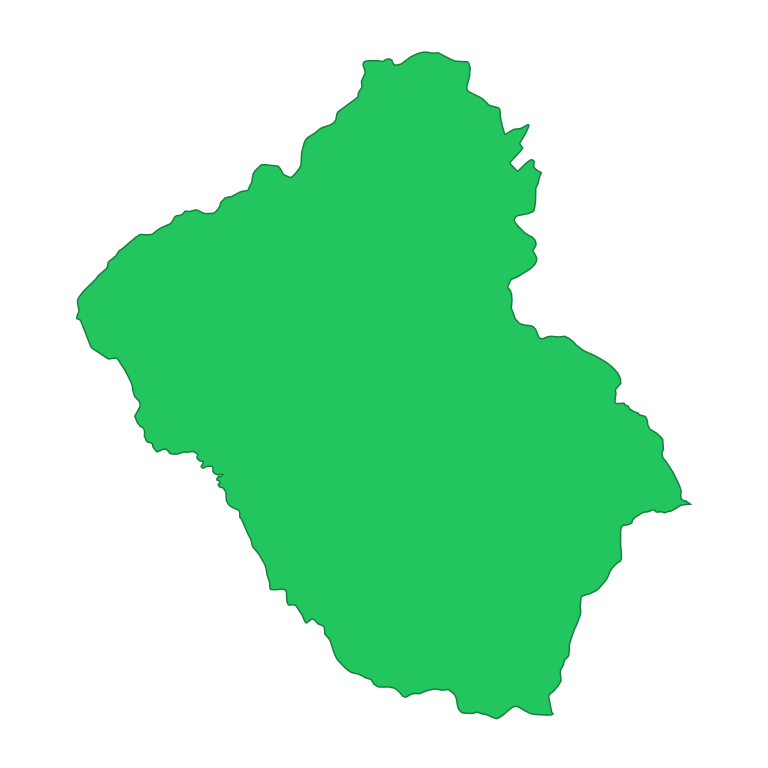 outline of Tan Uyen, Lào Cai, Vietnam, rotated 271°
{"feature_id": "81297802B83473395979783", "entity_name": "Tan Uyen", "entity_type": "district", "adm_level": 2, "iso_a3": "VNM", "parent_name": "Vietnam", "parent_adm1": "Lào Cai", "projection": "orthographic", "projection_center": [103.735, 22.126], "detail": "fine", "context": "isolated", "style": "filled", "palette": "green", "viewbox_px": 768, "rotation_deg": 271, "n_neighbors": 0, "source": "geoboundaries", "source_scale": "gbopen_adm2", "svg_char_len": 6095}
<svg xmlns="http://www.w3.org/2000/svg" viewBox="0 0 768 768"><g transform="rotate(271 384 384)"><path d="M269.2,692.4L272.4,687.7L272.6,685.7L273.9,683.4L277.0,682.6L282.6,682.9L287.9,681.0L300.1,674.9L310.8,667.8L315.0,664.2L318.0,663.2L320.5,663.2L323.5,664.5L333.4,663.6L335.8,661.7L339.7,657.2L343.6,650.5L347.3,648.6L352.4,647.7L355.7,646.2L356.3,645.2L357.6,639.9L359.4,638.5L360.8,634.3L362.9,630.8L363.8,629.8L365.6,628.8L366.4,627.8L366.9,625.9L369.0,624.2L368.4,617.4L369.2,615.3L372.8,615.3L378.3,616.1L381.7,615.5L383.0,615.9L388.7,620.7L393.3,620.3L398.4,617.9L401.4,615.4L404.9,611.9L409.7,605.5L411.7,602.2L416.0,594.3L420.8,583.1L426.3,575.4L429.8,572.2L432.8,568.2L434.7,564.2L434.8,563.1L434.1,558.6L434.6,549.3L433.9,546.4L432.1,542.2L432.1,539.8L433.2,538.0L440.9,534.9L443.7,532.4L444.8,529.8L445.4,523.1L446.5,519.3L448.0,517.1L451.7,514.0L462.0,510.0L470.8,510.5L476.5,509.9L480.1,508.4L482.4,506.1L484.3,506.3L489.5,508.6L491.0,509.7L493.3,515.4L501.6,528.2L506.0,532.6L509.3,534.2L512.1,534.5L514.6,533.6L519.7,530.6L520.3,530.6L524.1,532.9L525.9,533.6L528.8,533.2L531.0,532.1L533.5,529.5L535.3,525.7L537.9,521.7L544.8,514.7L548.3,511.9L549.3,511.4L551.2,511.4L553.3,512.7L554.6,514.6L557.0,525.3L558.8,529.7L559.4,530.4L560.9,531.1L568.1,532.3L582.0,532.3L587.6,534.6L592.8,535.6L598.0,537.6L600.8,532.7L602.7,530.6L603.8,529.9L609.1,530.3L610.7,528.6L610.7,527.1L610.3,526.1L607.8,522.8L599.2,514.2L599.4,513.2L605.7,507.1L607.0,506.2L608.2,506.4L619.2,516.4L622.3,518.5L623.8,517.8L625.3,516.1L626.9,515.4L636.7,521.0L643.5,524.0L645.3,524.3L645.9,523.5L641.9,516.4L640.8,509.1L636.1,501.7L635.9,501.0L636.5,500.1L644.9,497.5L653.2,495.7L659.3,495.2L660.7,494.8L662.0,493.8L664.2,485.4L665.0,483.7L670.3,478.2L671.6,476.4L677.3,464.5L678.9,462.3L681.3,461.6L682.9,461.6L693.2,464.1L701.7,464.6L706.2,463.1L707.5,462.2L708.1,449.5L709.6,445.5L716.1,432.3L715.6,426.4L716.6,421.1L716.4,417.6L715.7,414.1L713.5,408.7L711.6,405.1L704.3,395.6L703.2,391.9L703.1,389.2L703.4,388.3L708.0,386.0L708.8,384.5L709.1,383.1L708.4,380.1L706.9,378.2L706.5,376.1L707.1,372.6L707.1,364.5L706.4,359.7L705.5,358.3L703.8,357.6L701.6,357.7L697.9,359.3L695.2,359.6L693.5,359.4L686.3,356.2L679.9,356.7L676.4,354.2L674.2,353.3L670.4,352.9L655.5,333.5L653.5,332.3L647.2,331.2L644.3,329.1L642.1,325.9L639.2,317.6L637.6,315.0L633.9,310.8L629.1,303.5L626.7,301.3L623.9,300.1L614.0,297.6L601.4,297.2L597.9,295.5L593.7,292.4L589.6,288.6L588.9,287.2L589.0,285.8L591.9,279.5L596.7,277.1L599.6,274.8L600.0,273.7L601.3,260.5L600.9,257.4L594.7,251.1L591.7,249.5L582.8,248.1L579.9,246.4L575.7,244.9L574.7,242.7L574.2,239.1L573.2,236.2L568.6,228.1L568.2,225.0L567.0,221.6L562.7,217.6L559.1,216.8L555.7,214.8L552.8,212.2L551.8,210.7L551.2,203.7L551.7,200.3L554.5,194.6L554.8,193.0L553.0,186.0L553.4,183.6L553.2,182.0L550.3,179.7L549.1,177.2L548.7,174.0L547.8,172.2L541.4,168.5L540.3,167.1L535.9,157.7L532.4,152.8L530.0,150.3L529.2,148.0L529.0,143.0L529.4,138.6L528.8,136.8L526.1,132.9L514.6,119.9L512.6,116.9L507.1,113.4L501.7,106.8L500.2,105.9L497.1,105.7L494.6,104.5L487.5,96.6L483.6,93.8L471.3,81.7L465.3,77.4L462.5,76.1L458.9,76.3L451.4,77.9L447.4,76.1L444.0,75.6L443.7,77.1L442.8,78.9L441.1,80.0L416.2,90.2L414.7,91.5L404.5,107.4L404.3,108.7L405.2,114.4L405.1,116.2L404.3,117.3L393.2,124.8L387.7,127.8L382.0,130.7L377.9,132.3L373.3,133.0L367.3,134.8L362.6,139.4L359.5,140.6L356.9,140.3L347.4,135.4L341.3,137.9L337.1,141.4L336.4,143.5L334.4,144.9L331.8,145.5L327.6,145.3L325.2,146.6L323.5,147.1L321.7,148.8L321.1,151.9L320.4,153.3L316.7,154.3L313.0,157.2L312.3,158.4L313.5,161.7L314.8,163.8L315.0,165.6L314.9,166.9L314.0,168.6L312.0,170.4L310.9,170.9L310.2,174.3L310.4,179.0L312.5,185.0L312.3,188.9L313.2,193.5L313.0,194.7L311.1,198.4L310.5,198.8L309.5,198.9L308.0,198.3L306.6,198.4L305.8,198.9L303.6,201.5L303.9,204.3L303.5,204.7L300.6,204.1L298.6,202.6L297.3,203.4L296.6,204.6L297.8,206.5L298.6,208.9L298.9,213.1L297.5,214.5L293.3,214.5L291.3,216.4L290.7,218.2L290.7,224.4L288.4,222.3L288.3,221.7L289.0,220.7L288.8,219.8L287.3,219.4L286.1,218.4L285.0,218.7L284.3,220.6L283.0,221.8L282.2,221.8L280.9,220.0L279.8,220.1L277.9,222.0L277.4,224.9L273.6,227.5L272.9,227.9L264.9,228.4L261.1,230.4L259.4,232.2L257.7,235.0L255.5,240.5L253.7,241.9L248.2,242.2L246.3,243.9L230.5,251.2L226.3,253.6L219.2,255.4L212.0,261.6L201.7,267.9L198.4,269.1L190.6,270.6L184.1,273.0L177.2,273.7L176.6,274.3L176.5,275.7L176.4,279.0L177.1,285.6L176.7,288.2L175.9,289.3L174.2,290.1L164.6,290.8L161.7,292.1L161.2,293.5L161.7,295.9L161.5,298.7L160.6,300.0L151.5,306.2L145.8,308.7L144.1,309.8L143.8,310.9L147.5,315.4L147.7,317.5L147.1,318.5L143.1,322.1L140.9,327.8L139.7,328.4L137.1,328.9L133.1,329.1L128.3,333.5L125.2,335.1L115.6,338.3L110.5,340.5L106.9,342.7L99.5,350.1L96.7,353.6L94.9,356.7L93.5,363.5L91.6,367.9L89.8,370.9L88.8,374.7L88.0,376.5L83.7,379.2L81.2,383.2L80.9,385.9L81.2,393.7L80.2,399.3L78.5,402.2L76.1,404.9L72.3,408.1L71.4,410.2L71.4,411.8L73.8,415.6L75.1,419.3L75.0,425.0L77.9,431.6L79.7,438.3L79.9,441.3L78.9,447.1L79.5,452.9L79.1,454.7L74.8,459.9L70.8,461.8L62.8,463.3L60.1,464.4L57.9,466.2L56.7,467.9L56.3,470.5L56.1,478.3L57.4,482.0L57.5,483.2L55.9,487.8L55.4,491.7L51.6,501.1L51.4,502.6L52.1,504.5L55.3,509.1L61.1,515.4L63.5,519.0L64.0,520.4L63.9,522.6L62.8,525.3L59.7,530.6L57.1,536.0L56.3,539.8L55.8,552.7L56.1,557.2L56.9,558.7L59.2,557.3L73.7,554.2L75.3,554.2L76.9,555.1L79.3,558.3L85.1,563.3L90.2,566.2L98.0,565.3L101.3,565.5L106.0,568.2L108.2,568.5L111.6,569.7L114.0,572.3L115.6,573.3L121.4,574.0L125.9,573.8L131.8,575.3L140.5,578.1L147.9,581.3L155.7,584.0L158.8,584.7L165.3,584.1L174.0,584.7L174.9,585.3L176.2,587.6L177.9,593.5L181.1,599.8L183.1,602.2L192.0,609.6L195.4,611.3L200.3,613.1L204.3,615.6L209.2,620.3L211.2,623.6L213.7,624.4L218.8,624.3L227.8,623.3L241.3,623.2L244.2,623.6L246.8,625.0L247.5,630.1L249.0,633.5L249.9,634.4L252.3,634.9L254.9,637.2L259.6,644.2L260.4,646.6L261.0,650.7L262.9,654.9L262.6,656.8L261.2,657.8L260.7,658.8L261.1,663.4L260.2,666.6L260.5,668.0L261.7,670.7L261.8,672.6L263.0,675.1L268.2,683.5L269.2,692.4Z" fill="#22c55e" stroke="#15803d" stroke-width="1.5"/></g></svg>